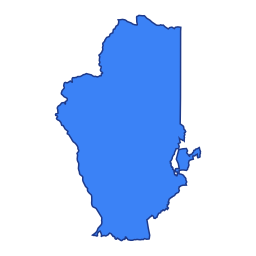 the district of Gualaca, Chiriquí, Panama
{"feature_id": "35544464B22441081783437", "entity_name": "Gualaca", "entity_type": "district", "adm_level": 2, "iso_a3": "PAN", "parent_name": "Panama", "parent_adm1": "Chiriquí", "projection": "albers", "projection_center": [-82.239, 8.607], "detail": "fine", "context": "isolated", "style": "filled", "palette": "blue", "viewbox_px": 256, "rotation_deg": 0, "n_neighbors": 0, "source": "geoboundaries", "source_scale": "gbopen_adm2", "svg_char_len": 5838}
<svg xmlns="http://www.w3.org/2000/svg" viewBox="0 0 256 256"><path d="M57.9,120.0L59.1,120.5L59.6,120.9L60.9,122.5L61.7,125.2L62.3,125.5L63.0,125.5L63.3,125.7L65.1,129.0L67.9,131.3L67.7,131.6L67.7,132.2L67.3,132.9L67.3,133.8L68.8,134.6L71.1,138.3L72.4,140.6L73.2,141.7L75.4,143.4L77.2,145.7L78.0,147.6L77.9,148.8L78.6,150.0L78.7,150.7L78.5,151.5L77.0,153.4L77.6,155.0L77.2,158.7L77.3,159.8L77.5,160.8L78.7,163.3L78.7,165.2L78.4,168.4L78.7,169.9L79.3,171.6L79.6,173.8L80.2,174.7L82.1,176.1L82.6,176.6L82.8,177.3L82.7,179.4L82.9,180.9L83.4,182.1L85.5,186.4L87.6,188.5L87.4,190.0L87.9,191.4L89.0,192.8L91.2,194.8L91.5,195.5L91.7,196.4L91.8,200.4L91.6,202.9L91.8,204.5L92.2,205.7L92.7,206.5L93.3,207.0L95.5,208.0L96.2,208.5L101.7,217.4L101.8,219.0L101.6,220.6L101.9,221.9L101.7,223.6L101.4,224.5L98.1,228.2L96.8,231.5L94.7,233.5L92.5,235.1L93.2,235.4L95.4,235.5L96.6,236.0L97.3,235.9L97.5,235.7L97.4,234.1L97.8,232.9L99.2,231.4L100.1,231.1L101.2,233.6L101.5,234.7L101.5,235.8L100.9,236.6L102.5,235.8L104.4,235.5L105.5,235.9L106.0,235.9L108.4,234.6L108.9,233.7L109.7,233.1L110.9,233.6L111.4,234.0L111.9,235.0L112.6,235.3L112.9,236.3L113.6,236.6L113.9,236.4L114.4,236.7L115.0,237.5L115.0,238.5L115.5,239.0L116.0,239.2L116.6,239.1L117.0,238.3L117.5,238.1L120.5,240.2L121.3,240.6L121.9,240.5L123.4,239.3L124.7,239.4L125.0,238.9L125.3,238.7L125.0,238.3L125.4,237.8L125.4,237.1L125.7,237.0L126.3,237.4L126.5,238.0L127.2,238.5L127.6,239.3L128.1,239.8L130.9,240.3L132.8,240.2L134.3,239.6L135.6,239.7L137.1,239.4L139.5,239.7L141.0,239.7L141.8,239.4L143.2,239.6L144.6,238.6L146.5,239.2L149.0,239.0L149.3,238.3L149.7,235.2L148.3,228.3L146.9,219.7L147.9,219.1L150.3,216.8L151.1,216.4L151.8,215.4L152.7,215.8L153.3,216.5L153.8,217.3L154.0,218.2L155.2,218.4L156.2,217.5L157.0,217.2L157.3,216.0L158.7,213.3L160.6,212.7L161.2,211.0L162.2,210.9L162.8,210.0L163.3,209.8L163.7,209.9L164.1,210.6L164.4,210.6L165.3,209.7L166.2,208.5L166.5,208.6L167.3,209.5L167.5,209.5L167.6,209.2L167.1,208.7L168.2,208.3L168.4,208.0L167.2,206.7L167.5,205.8L167.2,205.0L168.2,204.5L168.3,204.0L168.7,203.8L168.7,203.5L168.3,203.0L168.3,202.8L168.9,202.7L169.0,202.3L168.8,202.1L168.3,202.1L168.3,201.8L168.9,200.4L169.0,199.3L170.0,198.6L170.5,197.8L171.3,197.6L171.5,197.3L172.1,197.1L172.3,196.6L173.8,196.0L174.8,195.2L175.6,193.8L176.5,193.4L176.9,193.0L178.4,192.4L179.3,190.6L178.7,188.6L179.2,187.4L179.3,186.7L179.9,186.6L180.9,185.8L182.9,185.2L186.4,185.1L185.8,183.4L186.5,182.6L186.7,181.8L185.9,180.2L185.8,178.4L184.9,177.2L184.4,176.9L183.7,175.6L183.0,175.0L181.5,174.3L179.2,173.8L179.0,173.4L179.2,170.4L181.9,170.0L183.7,170.0L186.5,170.4L187.6,169.1L187.7,167.9L188.5,166.8L188.5,166.0L189.0,165.0L188.6,163.7L188.6,162.4L189.2,160.7L190.5,159.9L193.3,159.2L192.8,156.2L193.5,155.9L194.7,155.9L195.6,155.1L197.3,154.2L197.4,156.5L197.8,157.7L198.3,157.7L199.8,157.1L200.0,156.6L199.9,154.6L200.4,153.4L200.3,152.5L200.5,151.5L199.7,149.5L199.4,147.8L199.2,147.5L198.5,148.1L197.3,148.7L195.6,149.2L195.0,150.1L193.9,150.4L193.4,152.2L192.7,152.7L192.1,153.8L191.1,154.4L190.3,154.4L189.9,154.6L189.6,155.2L189.5,156.1L188.9,155.7L188.1,154.5L186.9,153.2L186.7,152.3L187.5,151.1L187.5,150.7L186.7,149.2L186.4,148.5L182.7,148.8L178.8,149.7L176.3,159.1L178.3,163.7L179.2,168.5L178.5,168.5L176.1,168.6L175.6,168.8L175.2,171.1L175.6,171.8L177.3,172.0L177.5,174.0L177.0,175.7L176.2,175.7L175.8,174.9L175.0,174.8L174.6,174.5L174.0,171.3L174.2,170.3L172.7,169.3L172.9,168.8L172.9,167.9L172.1,167.4L172.1,166.9L171.5,166.9L171.4,166.7L171.3,165.9L171.0,165.4L171.1,164.9L171.0,163.8L171.1,163.2L170.9,163.0L170.6,163.2L170.4,163.2L170.3,162.8L170.5,162.3L170.2,161.4L170.4,161.1L171.0,160.7L171.7,159.5L172.2,158.4L172.2,157.5L173.3,155.2L174.3,154.3L174.6,152.2L175.5,150.4L176.1,148.7L178.6,148.6L179.2,146.4L178.3,143.6L180.3,142.6L179.9,141.5L179.4,138.5L179.8,139.0L181.4,139.6L181.9,139.6L182.6,140.4L183.6,140.4L184.2,141.0L184.2,139.4L184.3,138.1L184.5,137.5L184.3,137.1L184.2,136.0L184.7,135.0L184.8,134.4L184.3,133.1L184.6,132.5L185.2,132.4L185.7,131.6L184.9,130.0L184.1,129.5L183.5,126.4L182.9,125.8L180.2,123.9L180.5,97.6L180.6,31.1L180.8,27.3L177.9,26.9L175.4,27.3L174.3,28.6L172.0,27.2L171.5,27.2L169.8,27.6L168.2,28.9L164.9,26.7L163.3,25.1L161.6,25.2L160.8,24.8L159.2,25.4L156.6,25.2L152.1,22.2L149.8,20.1L146.7,18.2L144.7,16.0L144.2,15.7L142.7,15.8L138.9,15.4L137.5,16.3L136.8,16.5L136.6,17.1L136.8,21.9L137.3,24.1L137.2,24.8L136.9,25.0L134.6,24.7L132.8,24.1L131.2,23.0L127.2,21.5L126.4,20.7L125.0,19.9L122.6,19.4L119.9,19.8L118.2,19.8L118.7,21.0L118.7,22.0L118.5,23.3L118.0,24.7L117.5,25.3L116.1,26.1L114.7,29.1L113.6,29.2L113.4,29.4L112.8,32.8L111.5,33.3L110.2,34.1L109.9,34.6L109.7,35.6L109.3,36.5L106.6,37.5L104.8,40.3L104.7,41.1L102.8,43.3L102.8,44.4L103.1,45.4L102.5,47.5L102.8,48.9L102.6,50.5L102.1,51.1L101.7,52.3L101.1,52.9L100.3,54.0L99.0,55.0L99.0,55.5L99.8,56.8L99.5,58.2L99.3,60.7L99.9,62.2L99.5,63.5L99.0,63.9L99.1,64.7L99.5,65.6L100.9,66.2L101.2,66.6L101.1,67.9L100.5,69.5L100.4,70.2L101.1,71.5L102.4,72.5L102.6,72.9L102.3,73.5L101.4,73.8L101.2,75.7L100.8,75.9L99.9,75.7L98.8,76.5L97.3,76.9L95.2,76.3L94.7,76.5L93.7,76.4L92.3,75.6L91.4,74.9L86.3,73.6L84.9,74.4L83.3,74.7L82.2,75.5L80.3,76.5L77.5,76.6L76.4,77.5L75.8,77.4L74.5,77.7L72.8,77.7L72.4,78.1L72.1,78.9L72.0,80.2L72.3,81.2L72.2,82.1L71.7,82.0L70.3,81.0L67.6,82.7L66.8,82.8L65.4,82.4L64.6,82.7L64.1,83.6L63.7,85.9L64.3,87.5L64.2,88.2L62.1,90.6L61.4,92.8L61.3,93.5L61.6,94.3L62.4,94.9L64.2,96.8L66.3,97.8L67.0,98.3L67.3,98.8L67.3,99.5L66.9,100.7L65.3,101.6L65.5,103.4L65.4,103.9L65.0,103.8L64.6,102.8L64.3,102.6L63.2,102.6L61.7,102.9L59.9,105.1L58.4,106.0L57.4,107.4L57.3,108.6L57.7,109.5L58.0,113.1L57.5,113.5L55.8,113.9L55.5,114.7L55.7,115.4L57.0,115.8L57.6,116.7L57.6,117.0L56.8,117.8L56.5,118.6L56.8,119.1L57.9,120.0Z" fill="#3b82f6" stroke="#1e3a8a" stroke-width="1.5"/></svg>